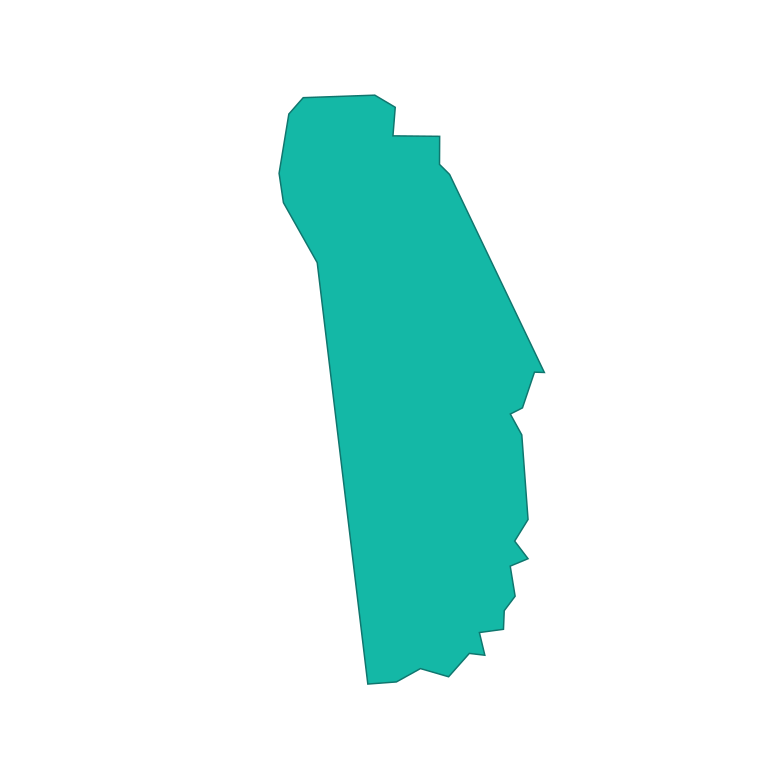 outline of Cumberland, Virginia, United States of America, rotated 323°
{"feature_id": "52423323B14304412427798", "entity_name": "Cumberland", "entity_type": "district", "adm_level": 2, "iso_a3": "USA", "parent_name": "United States of America", "parent_adm1": "Virginia", "projection": "orthographic", "projection_center": [-78.246, 37.525], "detail": "fine", "context": "isolated", "style": "filled", "palette": "teal", "viewbox_px": 768, "rotation_deg": 323, "n_neighbors": 0, "source": "geoboundaries", "source_scale": "gbopen_adm2", "svg_char_len": 543}
<svg xmlns="http://www.w3.org/2000/svg" viewBox="0 0 768 768"><g transform="rotate(323 384 384)"><path d="M190.5,613.9L214.6,629.4L241.8,633.2L259.4,656.7L290.0,650.5L301.3,661.3L310.6,639.9L331.8,651.8L343.6,637.4L361.0,632.4L375.2,605.4L393.9,610.2L393.8,588.1L417.5,578.9L463.4,507.6L466.8,484.0L480.2,486.4L511.3,465.1L519.0,471.3L562.5,256.1L560.5,242.0L577.5,219.7L540.5,191.2L559.5,169.8L550.5,147.8L491.8,106.7L470.5,111.1L427.0,152.6L412.8,178.7L403.7,246.9L190.5,613.9Z" fill="#14b8a6" stroke="#0f766e" stroke-width="1.5"/></g></svg>